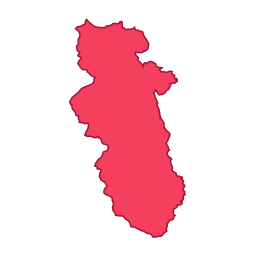 outline of Quynh Nhai, Son La, Vietnam, rotated 188°
{"feature_id": "81297802B11613956410948", "entity_name": "Quynh Nhai", "entity_type": "district", "adm_level": 2, "iso_a3": "VNM", "parent_name": "Vietnam", "parent_adm1": "Son La", "projection": "albers", "projection_center": [103.617, 21.775], "detail": "fine", "context": "isolated", "style": "filled", "palette": "rose", "viewbox_px": 256, "rotation_deg": 188, "n_neighbors": 0, "source": "geoboundaries", "source_scale": "gbopen_adm2", "svg_char_len": 5806}
<svg xmlns="http://www.w3.org/2000/svg" viewBox="0 0 256 256"><g transform="rotate(188 128 128)"><path d="M188.3,144.0L188.1,144.0L187.9,143.1L186.8,142.8L186.2,140.4L185.6,138.9L183.8,137.8L183.4,136.9L182.6,136.3L181.5,134.2L181.3,133.4L180.3,133.0L178.7,133.4L178.5,133.0L178.6,130.8L178.2,129.9L177.3,129.1L177.0,128.4L177.2,127.5L177.2,127.1L177.1,126.9L174.6,126.8L173.8,127.1L171.7,126.3L170.9,126.3L169.8,126.7L169.2,127.3L168.0,127.0L167.4,123.6L168.2,119.7L169.0,118.7L169.2,116.6L169.9,115.2L169.7,114.9L168.6,114.8L168.3,114.2L167.6,114.1L163.7,114.7L160.1,113.8L158.9,113.9L158.4,113.9L157.4,114.5L156.9,115.4L156.4,115.7L155.9,114.5L155.8,114.3L153.7,113.6L152.7,112.5L152.1,110.4L151.4,109.6L150.5,109.0L149.3,108.7L146.3,108.3L145.6,107.7L144.7,106.0L145.5,102.5L146.6,102.0L147.6,101.7L149.0,100.9L149.8,96.7L150.6,95.0L153.1,92.7L154.1,90.4L154.7,89.5L155.3,87.8L155.4,86.5L155.6,86.3L155.5,85.8L155.2,85.5L153.8,85.4L153.0,85.2L152.7,84.6L152.9,83.4L152.7,83.1L149.6,83.5L149.1,83.2L148.8,82.2L149.0,80.4L149.7,79.4L149.5,77.7L149.6,76.7L149.3,75.6L148.0,73.6L147.1,72.6L145.5,71.7L143.6,71.2L143.3,71.0L142.6,69.8L141.7,68.9L141.1,68.7L140.8,68.2L140.8,67.6L143.0,63.7L143.0,61.9L142.8,60.6L142.5,60.1L140.6,59.0L136.4,58.0L134.5,56.8L133.8,56.2L133.6,54.1L132.3,52.1L131.8,50.4L131.9,49.3L131.8,48.2L132.3,47.8L132.3,47.3L131.9,46.3L131.7,45.3L131.6,44.8L130.4,43.1L129.8,42.6L129.3,42.5L129.0,42.2L128.7,41.4L128.5,40.2L127.9,39.9L127.2,39.8L124.0,39.8L121.9,40.1L120.7,40.1L120.1,39.9L119.6,39.1L118.5,38.0L117.5,37.4L115.5,36.6L113.4,34.9L113.0,34.3L112.2,32.8L111.8,31.4L111.3,30.7L109.2,30.6L107.7,30.7L101.3,28.5L99.9,28.1L97.5,28.0L96.5,27.2L95.2,26.8L94.1,26.2L91.4,26.4L90.2,25.7L88.9,24.5L88.3,23.7L87.9,23.5L84.1,24.3L82.8,25.0L80.4,25.5L79.5,26.1L77.2,29.5L75.2,31.2L75.2,31.6L75.9,33.0L76.0,34.8L75.5,35.6L75.4,36.3L75.5,37.1L75.9,38.1L75.9,38.8L75.0,39.8L74.7,41.0L74.2,41.9L73.6,42.4L71.7,43.2L70.8,43.8L70.1,45.7L69.9,47.1L69.2,47.9L70.6,48.8L71.0,49.4L71.3,50.5L71.4,52.4L72.0,53.6L71.8,53.9L69.7,55.2L68.6,56.6L68.4,57.0L68.5,58.6L67.4,58.6L66.9,58.7L64.8,59.7L64.0,60.5L63.9,61.5L64.2,62.3L65.7,62.5L65.7,63.0L63.7,64.2L63.5,64.5L63.3,67.0L63.9,67.8L63.9,68.1L63.2,69.5L62.4,69.7L62.2,69.9L62.1,70.2L63.0,71.3L62.9,72.6L65.3,74.8L64.9,75.9L63.8,77.9L63.8,78.7L64.0,79.1L64.7,79.7L66.3,80.6L65.6,82.8L65.7,83.4L66.5,84.0L68.1,84.6L68.0,85.0L67.1,86.0L67.2,86.4L68.1,87.1L69.0,86.8L70.5,87.4L72.2,87.3L72.9,87.4L73.6,88.3L74.0,89.7L74.3,90.0L77.0,91.2L78.2,92.0L78.4,92.4L78.5,95.2L79.3,96.0L79.4,97.1L80.4,98.2L80.9,99.5L81.3,101.9L80.5,103.3L82.1,104.8L82.4,104.8L82.8,104.4L83.3,104.4L83.8,105.0L84.1,105.8L84.8,106.1L85.2,106.5L85.8,108.2L85.8,108.7L84.8,111.0L83.8,111.9L84.8,112.6L85.9,115.3L86.9,116.4L88.0,118.2L88.1,118.6L87.1,120.1L86.4,123.5L85.7,124.9L85.7,125.3L86.0,125.9L85.5,126.6L85.6,127.6L86.1,128.3L87.5,129.7L89.1,130.4L90.0,131.5L90.9,131.9L91.2,132.7L92.2,133.3L92.1,134.2L92.9,135.5L92.8,136.9L93.6,138.7L94.6,139.6L96.3,141.8L98.0,142.6L98.0,142.9L97.2,143.5L97.3,143.9L98.6,145.5L98.5,146.9L99.2,148.2L99.8,150.5L101.8,153.6L102.8,155.7L102.7,156.2L102.0,156.8L102.1,157.1L104.6,161.1L105.4,161.9L105.8,163.0L106.1,164.5L107.6,165.9L107.5,166.5L106.4,167.5L106.2,169.2L105.9,169.4L105.4,169.3L104.4,168.2L103.7,166.9L101.7,165.1L100.4,165.7L99.0,165.9L95.9,168.2L95.4,170.4L92.8,172.4L92.9,173.3L91.7,175.9L91.8,176.6L92.5,177.2L91.9,177.3L90.3,178.8L89.7,178.9L88.9,178.7L88.5,179.0L87.8,179.0L87.6,179.7L86.2,180.5L85.8,181.0L85.9,182.4L87.0,182.5L86.5,183.2L86.6,183.6L87.1,183.9L88.4,183.5L89.0,184.2L89.2,184.7L89.0,185.8L89.0,186.5L91.4,187.6L92.2,188.3L92.6,189.1L92.2,190.0L93.9,190.1L94.9,190.0L96.4,188.9L97.9,188.5L101.2,188.7L103.2,188.3L104.9,189.9L104.7,190.2L104.0,190.8L103.7,191.4L102.8,192.2L102.6,192.5L105.7,192.2L108.2,192.9L108.6,193.1L108.9,193.5L109.3,195.1L109.7,195.5L110.0,195.7L112.2,196.2L113.4,197.0L114.8,197.1L115.9,196.8L117.0,196.1L118.1,194.6L118.6,194.3L118.8,194.3L119.6,195.0L120.2,195.0L121.0,194.2L121.4,193.4L121.5,191.1L122.6,192.2L123.2,193.3L125.0,194.5L126.4,195.6L127.0,196.3L127.7,197.5L127.4,198.7L127.5,199.1L129.7,200.7L131.1,202.5L131.4,203.2L131.3,203.4L131.0,203.8L128.7,204.2L125.4,204.4L124.4,204.8L122.8,206.7L122.4,206.4L121.9,206.5L120.8,207.3L119.9,208.2L119.4,209.2L119.2,211.3L119.2,213.3L119.5,214.7L120.5,216.1L122.5,218.6L124.9,221.3L126.0,222.9L126.4,224.3L127.0,225.2L127.9,225.8L128.9,225.3L129.2,225.2L131.6,226.3L133.3,226.0L134.0,226.0L135.6,228.6L136.0,227.7L136.8,227.2L139.5,226.0L140.2,225.8L141.7,226.0L143.2,225.1L143.8,225.1L146.1,226.5L147.4,226.5L147.7,227.1L148.6,232.2L150.0,232.5L150.6,232.3L151.1,231.4L151.1,231.2L151.2,230.9L151.9,230.1L152.7,229.8L155.7,229.7L157.5,229.3L158.6,227.7L162.4,226.2L163.3,226.2L164.6,224.5L167.8,223.7L171.2,223.6L172.7,223.4L176.2,224.2L182.1,228.0L184.3,229.7L185.1,227.3L185.1,226.8L184.9,225.4L185.2,224.7L187.1,223.7L187.9,222.6L190.4,221.6L192.0,221.2L193.9,219.2L192.1,217.9L191.0,217.4L189.0,215.0L188.6,214.2L188.5,212.4L188.6,211.4L188.9,210.4L189.5,209.3L189.6,208.8L189.2,206.0L188.8,204.9L189.1,203.8L190.2,202.2L190.2,201.0L189.5,199.3L189.3,198.1L188.7,197.3L186.3,196.3L186.3,196.1L187.3,194.1L187.7,192.9L187.6,192.6L187.4,192.3L186.6,191.9L185.0,191.5L184.4,190.8L184.2,190.1L185.4,188.6L186.6,185.9L186.5,184.6L185.9,184.0L184.7,183.1L184.3,182.7L184.1,181.9L183.7,181.4L182.7,181.0L182.1,180.1L181.1,179.6L180.4,179.6L179.3,179.6L177.8,180.0L176.8,179.5L176.4,179.1L176.2,177.7L175.6,177.7L175.1,177.5L171.5,174.7L167.6,173.6L168.2,172.6L168.3,172.1L168.2,170.8L168.4,168.8L168.9,167.9L169.8,166.6L170.8,165.8L177.1,162.3L179.6,160.4L182.6,155.8L183.9,154.6L186.5,151.3L187.6,150.5L188.0,149.0L188.6,147.8L189.3,145.8L189.1,145.0L188.3,144.0Z" fill="#f43f5e" stroke="#9f1239" stroke-width="1.5"/></g></svg>